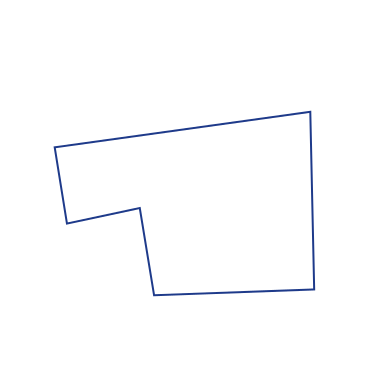 Suhag City, Suhaj, Egypt (orthographic projection), rotated 106°
{"feature_id": "37247803B45887361748458", "entity_name": "Suhag City", "entity_type": "district", "adm_level": 2, "iso_a3": "EGY", "parent_name": "Egypt", "parent_adm1": "Suhaj", "projection": "orthographic", "projection_center": [31.655, 26.477], "detail": "fine", "context": "isolated", "style": "outline", "palette": "blue", "viewbox_px": 384, "rotation_deg": 106, "n_neighbors": 0, "source": "geoboundaries", "source_scale": "gbopen_adm2", "svg_char_len": 248}
<svg xmlns="http://www.w3.org/2000/svg" viewBox="0 0 384 384"><g transform="rotate(106 192 192)"><path d="M256.8,303.5L221.8,237.8L301.7,200.0L252.0,47.7L82.3,100.4L186.9,336.3L256.8,303.5Z" fill="none" stroke="#1e3a8a" stroke-width="2"/></g></svg>